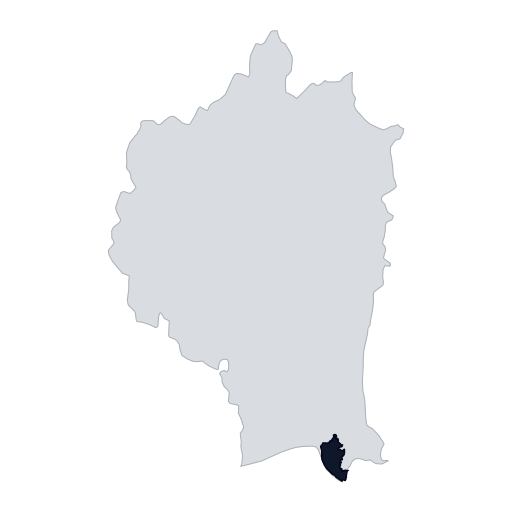 Kamenets, Brest, Belarus (highlighted), rotated 270°
{"feature_id": "67162791B59963656038120", "entity_name": "Kamenets", "entity_type": "district", "adm_level": 2, "iso_a3": "BLR", "parent_name": "Belarus", "parent_adm1": "Brest", "projection": "natural_earth1", "projection_center": [23.756, 52.4], "detail": "fine", "context": "in_parent", "style": "filled", "palette": "ink", "viewbox_px": 512, "rotation_deg": 270, "n_neighbors": 0, "source": "geoboundaries", "source_scale": "gbopen_adm2", "svg_char_len": 7686}
<svg xmlns="http://www.w3.org/2000/svg" viewBox="0 0 512 512"><g transform="rotate(270 256 256)"><path d="M439.6,352.4L430.6,352.0L419.8,352.2L413.8,355.5L407.1,353.9L402.5,355.8L392.1,365.0L388.0,370.0L384.3,377.6L382.1,383.3L383.5,387.2L385.6,390.9L386.2,394.9L387.3,398.0L384.7,400.3L383.3,403.6L378.7,403.0L373.1,399.9L371.7,395.3L367.4,392.2L364.5,390.5L359.9,390.3L352.5,391.7L342.8,392.9L335.5,393.2L331.6,394.8L325.7,396.4L323.4,394.5L320.0,389.4L317.2,384.2L315.3,382.0L313.7,381.4L311.7,381.5L309.5,383.1L307.8,384.8L301.7,386.7L299.1,388.5L296.2,393.2L294.3,392.9L292.2,391.8L289.8,386.6L286.5,385.3L281.4,385.3L275.0,384.2L269.8,382.6L268.0,383.0L264.9,385.2L261.6,385.5L254.3,383.5L252.9,384.4L248.9,390.2L246.9,390.5L245.8,389.8L246.3,384.7L242.0,383.0L234.9,382.7L229.9,383.4L227.5,383.2L226.2,382.2L219.9,373.8L216.7,373.2L210.9,373.6L202.3,372.6L192.4,370.7L187.0,370.0L184.2,368.1L178.1,367.5L161.8,363.9L155.1,363.3L145.3,363.2L130.4,362.4L120.8,362.9L116.4,364.0L111.3,364.8L93.6,365.8L87.2,366.7L85.4,368.5L83.4,372.4L76.1,379.1L69.0,383.6L67.7,384.0L63.5,381.6L60.1,380.8L56.0,380.5L53.1,381.3L51.3,382.4L51.6,387.6L51.1,388.1L48.0,381.9L48.3,376.3L50.0,373.1L52.1,370.3L51.3,366.0L53.3,360.3L53.4,356.1L52.5,354.4L50.8,352.3L46.2,350.0L44.2,348.3L37.9,345.9L31.8,342.9L30.7,341.1L31.0,339.9L32.1,338.0L36.8,332.5L42.0,327.1L45.2,325.0L62.6,318.1L65.2,315.7L65.9,311.7L65.6,303.5L64.6,296.1L63.2,290.9L59.9,281.3L50.9,261.4L45.6,240.8L49.1,242.0L57.3,242.5L63.8,241.1L67.2,240.9L70.2,241.3L78.8,240.2L81.0,242.0L84.8,243.7L92.4,241.3L99.0,238.4L106.0,238.7L107.0,237.3L108.6,230.0L110.7,228.4L119.0,229.2L122.0,227.8L125.2,224.3L130.1,222.0L134.2,222.0L138.4,219.5L140.5,221.2L141.6,224.2L140.2,226.6L140.8,227.6L143.7,228.7L148.8,228.7L152.0,227.7L152.7,226.3L152.7,223.8L151.9,221.5L149.7,219.5L145.7,218.5L142.9,218.4L142.4,217.2L143.4,214.4L145.8,209.4L148.8,204.9L150.6,203.2L150.9,201.6L150.5,198.9L150.4,193.9L153.1,187.0L156.7,181.8L161.6,180.2L167.6,179.2L171.4,176.8L173.2,174.0L174.8,169.5L176.7,168.6L191.2,169.2L193.3,164.7L194.5,163.5L197.3,162.2L199.2,160.6L198.4,159.4L194.7,158.6L186.1,157.9L184.3,156.4L184.8,154.7L187.1,150.1L189.2,144.2L190.2,139.7L190.3,137.0L191.6,136.3L198.6,135.4L200.9,134.5L206.9,128.3L211.5,127.3L223.5,128.8L228.9,128.7L235.9,129.2L236.5,128.5L238.8,122.4L250.4,112.6L256.6,109.2L260.6,108.4L262.0,108.6L268.4,113.8L269.9,114.0L274.1,111.8L281.3,111.7L284.8,113.5L289.7,119.8L292.3,120.6L299.3,117.0L303.1,115.8L305.7,115.9L319.2,120.8L320.2,122.4L320.4,124.2L318.5,130.0L321.4,133.6L324.7,136.0L331.4,132.0L333.9,130.9L336.7,130.8L340.3,129.4L342.9,127.1L345.5,126.4L350.4,126.9L359.3,126.4L369.7,129.9L370.7,130.9L376.0,135.0L377.9,137.1L379.6,137.7L382.4,139.7L386.2,141.0L388.7,140.6L390.0,141.2L391.2,142.8L391.4,145.5L391.3,153.2L387.7,157.2L387.3,158.6L387.5,160.3L390.6,163.6L394.6,168.7L395.6,171.7L395.7,174.0L390.7,180.5L389.1,182.1L388.0,185.3L387.5,188.6L387.9,190.0L396.8,195.3L403.3,198.1L404.8,199.5L405.0,200.4L401.8,206.0L401.5,207.5L406.7,209.9L409.7,213.6L412.5,219.6L417.6,225.4L436.2,233.8L437.9,235.3L438.5,237.1L438.1,241.1L435.0,248.6L438.2,249.8L446.3,249.5L456.1,250.4L468.1,255.7L468.3,258.1L467.2,260.3L468.1,262.6L469.4,264.6L479.9,270.6L481.0,272.3L481.3,275.2L481.1,277.3L478.3,277.8L475.2,278.8L470.2,281.3L468.3,285.0L460.2,289.9L455.2,292.2L451.1,292.3L441.3,291.3L437.8,288.8L436.3,286.6L432.5,285.5L427.5,285.4L420.6,285.8L419.3,286.5L418.3,289.3L415.5,294.0L413.5,296.7L422.6,306.1L427.1,310.0L428.6,312.4L428.6,314.1L426.6,316.0L427.1,320.0L431.6,325.3L430.2,326.2L430.0,332.6L430.3,339.6L431.5,341.2L433.9,342.6L435.9,345.2L439.4,350.9L439.6,352.4Z" fill="#d9dde1" stroke="#a8b0b8" stroke-width="1"/><path d="M62.6,344.4L62.7,344.2L62.2,343.7L61.9,343.4L61.8,343.2L61.5,342.8L61.3,342.4L61.3,342.2L61.3,341.6L61.4,341.3L61.6,341.0L61.7,340.9L62.1,340.7L62.4,340.3L62.4,340.1L62.4,339.7L62.6,339.1L62.9,338.8L63.1,338.6L63.3,338.5L63.7,338.5L63.9,338.7L64.1,338.8L64.4,339.0L64.4,339.3L64.6,339.7L64.9,339.8L65.1,340.3L65.2,340.7L65.2,341.0L65.2,341.4L65.3,341.6L65.7,342.0L66.0,342.2L66.3,342.4L66.6,342.4L66.9,342.4L67.1,342.4L67.1,342.1L66.9,341.6L66.9,341.4L67.0,341.2L67.4,340.9L67.6,340.8L68.1,340.4L68.5,340.0L68.8,339.6L69.0,339.4L69.4,338.9L69.6,338.5L69.8,338.3L70.0,338.1L70.4,337.9L70.6,338.0L70.9,338.1L71.0,338.2L71.3,338.2L71.7,338.2L72.2,338.2L72.6,338.1L72.8,338.1L73.1,338.0L73.4,337.7L73.5,337.4L73.6,337.0L73.4,336.8L73.2,336.5L73.1,336.3L73.3,336.1L73.5,335.7L74.1,335.4L74.4,335.4L74.7,335.6L74.8,335.8L74.9,336.2L75.1,336.3L75.3,336.4L75.7,336.5L76.3,336.4L76.5,336.2L76.8,336.1L77.1,335.9L77.3,335.6L77.4,335.3L77.1,335.0L76.8,334.8L76.8,334.6L77.0,334.4L77.2,334.2L77.3,334.1L77.4,333.7L77.4,333.8L77.2,333.7L76.8,333.5L76.6,333.5L76.2,333.5L75.9,333.7L75.8,333.8L75.3,333.8L75.0,333.8L74.8,333.6L74.7,333.5L74.5,333.4L74.3,333.3L74.0,333.3L73.7,333.2L73.6,332.8L73.5,332.6L73.2,332.5L72.9,332.3L72.5,332.1L72.2,332.2L71.9,332.3L71.6,332.6L71.3,332.6L71.0,332.5L70.8,332.2L70.9,331.9L71.1,331.8L71.3,331.7L71.6,331.5L71.7,331.3L71.6,331.2L71.3,331.0L71.1,330.7L71.1,330.2L70.8,329.8L70.6,329.6L70.4,329.6L70.1,329.5L69.8,329.4L69.6,329.3L69.5,329.0L69.4,328.8L69.4,328.6L69.3,328.4L69.2,328.4L69.0,328.2L68.9,327.9L68.9,327.7L68.9,327.2L69.0,326.8L69.0,325.7L69.0,325.2L69.0,324.8L69.0,324.3L69.0,323.9L69.1,323.5L69.1,323.2L68.9,322.8L68.6,322.6L68.0,322.5L67.5,322.3L67.0,322.0L66.9,321.9L66.8,321.6L66.7,321.4L66.6,321.2L66.2,321.0L65.9,320.9L65.5,320.8L65.0,320.7L64.7,320.8L64.2,320.9L63.9,321.0L63.5,321.2L63.0,321.3L62.7,321.4L62.4,321.5L62.0,321.7L61.7,321.8L61.1,321.8L60.4,321.8L59.8,321.8L59.1,321.8L58.6,321.7L58.2,321.7L58.1,321.8L57.6,322.1L57.2,322.1L57.3,321.8L56.6,321.6L55.7,321.6L54.3,321.8L52.7,322.0L51.7,322.3L50.7,322.7L48.0,323.9L47.0,324.4L45.5,325.4L44.3,326.1L43.3,326.8L42.1,328.0L41.2,328.9L40.3,329.9L39.4,330.6L38.4,331.7L37.5,332.9L37.2,333.4L37.1,334.0L36.8,334.6L36.1,335.2L35.1,335.8L34.7,336.4L33.8,337.5L33.0,338.8L32.3,339.8L31.6,340.9L30.9,341.9L31.6,341.9L31.8,342.4L32.1,343.1L31.9,344.1L31.6,344.5L31.6,345.1L31.8,345.4L32.4,345.7L33.2,345.9L33.9,346.0L34.8,346.4L35.1,346.3L35.6,346.2L36.4,346.1L36.8,346.2L37.0,346.5L38.0,346.6L38.7,346.6L39.5,346.9L40.6,347.1L41.2,347.4L41.3,347.7L41.4,347.8L41.6,346.7L41.7,345.9L41.6,345.6L41.8,345.2L41.7,344.9L41.6,344.6L41.4,344.3L41.4,344.1L41.3,343.9L41.1,343.7L41.0,343.4L41.3,343.1L41.5,342.8L41.5,342.7L41.3,342.4L41.0,342.2L40.8,342.2L40.7,342.0L40.9,341.9L41.1,341.8L41.4,341.8L41.5,341.7L41.8,341.6L42.2,341.7L42.5,341.8L43.0,341.8L43.2,341.6L43.4,341.4L43.4,341.1L43.2,340.8L43.1,340.5L43.3,340.3L43.6,340.2L43.8,340.2L44.0,340.2L44.4,340.0L44.6,340.0L45.0,339.8L45.1,339.6L45.3,339.4L45.6,339.4L45.7,339.5L45.8,339.7L45.9,339.9L46.2,340.2L46.3,340.2L46.5,340.4L46.8,340.5L47.1,340.4L47.4,340.4L47.5,340.4L47.6,340.2L47.8,340.0L47.8,339.8L47.9,339.6L48.1,339.6L48.3,339.6L48.6,339.7L48.9,340.2L48.9,340.4L49.0,340.6L49.1,341.0L49.4,341.3L49.8,341.2L50.0,341.0L50.2,340.8L50.4,340.7L50.6,340.7L50.9,340.6L51.1,340.5L51.4,340.4L51.7,340.3L51.9,340.3L52.3,340.4L52.5,340.6L52.6,340.8L52.6,341.1L52.3,341.4L52.2,341.6L52.2,341.8L52.2,342.2L52.3,342.3L52.6,342.4L52.9,342.3L53.2,342.2L53.3,342.1L53.6,342.0L53.9,341.9L54.2,341.9L54.4,341.8L54.7,341.7L54.9,341.6L55.1,341.7L55.3,342.0L55.4,342.3L55.5,342.5L55.8,342.6L56.0,342.8L56.1,343.0L56.2,343.3L56.7,343.4L56.8,343.4L57.0,343.5L57.1,343.9L57.2,344.1L57.5,344.2L57.9,344.2L58.1,344.2L58.4,344.2L58.7,344.3L58.9,344.4L59.3,344.5L59.5,344.5L59.8,344.5L60.0,344.4L60.4,344.4L60.7,344.4L61.0,344.5L61.6,344.5L61.9,344.5L62.3,344.5L62.6,344.4L62.6,344.4Z" fill="#0f172a" stroke="#020617" stroke-width="1.5"/></g></svg>